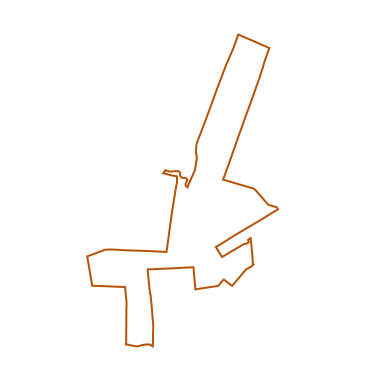 the district of Barbulesti, Ialomita, Romania, rotated 336°
{"feature_id": "2599482B7724523502847", "entity_name": "Barbulesti", "entity_type": "district", "adm_level": 2, "iso_a3": "ROU", "parent_name": "Romania", "parent_adm1": "Ialomita", "projection": "mercator", "projection_center": [26.592, 44.736], "detail": "fine", "context": "isolated", "style": "outline", "palette": "amber", "viewbox_px": 384, "rotation_deg": 336, "n_neighbors": 0, "source": "geoboundaries", "source_scale": "gbopen_adm2", "svg_char_len": 3055}
<svg xmlns="http://www.w3.org/2000/svg" viewBox="0 0 384 384"><g transform="rotate(336 192 192)"><path d="M148.1,255.7L154.8,258.2L162.7,261.4L155.5,282.3L177.7,288.4L184.4,285.2L185.0,284.9L185.5,285.0L190.4,294.1L200.2,289.4L205.3,286.9L209.6,284.9L210.1,284.8L214.2,284.3L216.4,284.1L216.8,283.9L218.4,283.2L218.1,283.0L218.2,282.6L220.7,276.3L223.1,269.4L225.1,263.2L226.8,258.0L224.0,258.3L223.2,261.1L220.2,261.4L219.0,260.6L193.0,263.6L191.4,251.9L192.0,251.9L197.0,251.3L200.9,250.8L207.4,249.8L209.5,249.5L211.8,249.2L216.5,248.6L220.2,248.1L222.6,247.9L223.8,247.7L243.0,245.5L253.5,244.1L258.5,243.4L263.5,242.8L263.5,242.0L263.1,240.4L259.9,237.6L257.4,235.5L256.4,234.4L250.5,215.2L249.8,214.2L248.6,212.9L247.1,211.8L225.4,193.3L227.0,191.7L229.4,189.3L232.1,186.4L234.1,184.3L235.8,182.7L239.4,178.8L247.1,170.7L258.5,158.6L263.5,153.4L266.6,150.1L272.0,144.5L280.8,135.4L289.8,126.0L293.0,122.6L297.4,118.0L299.8,115.4L301.3,114.0L301.7,113.5L301.6,113.4L306.8,107.7L310.9,102.8L315.7,97.7L318.5,94.7L320.8,92.4L321.3,92.0L303.3,72.4L298.4,67.0L297.9,67.4L297.5,67.9L294.8,70.6L293.2,72.4L292.0,73.6L291.2,74.5L290.7,74.9L290.3,75.4L289.9,75.8L289.2,76.6L288.6,77.2L288.3,77.5L287.7,78.0L287.2,78.6L286.9,78.7L283.7,81.7L280.4,84.7L279.3,85.7L278.2,86.8L274.5,90.1L271.7,93.0L268.8,95.8L267.0,97.7L263.3,101.4L261.6,103.2L261.0,103.8L259.7,105.1L254.6,110.2L252.3,112.6L250.0,115.1L242.2,123.1L232.2,133.4L222.1,143.5L217.2,148.3L216.9,148.5L216.4,149.0L216.1,149.5L215.7,150.0L215.4,150.4L215.1,150.9L214.7,151.7L214.2,152.4L213.5,153.8L212.7,155.4L211.9,156.8L211.7,157.4L211.5,157.9L211.3,159.4L210.8,161.2L210.4,162.6L205.9,169.7L203.6,173.2L191.4,184.2L189.8,185.9L189.4,185.2L189.0,184.4L188.9,183.8L189.1,182.7L189.5,181.8L189.9,181.5L190.4,181.1L191.2,180.5L191.8,179.9L192.5,179.5L192.7,179.2L192.7,178.7L192.7,178.1L192.5,177.6L192.3,177.1L192.0,176.8L191.3,176.2L190.6,176.0L189.6,175.6L189.1,175.1L188.4,174.4L188.0,173.8L187.8,172.8L187.8,171.7L189.1,170.1L189.1,169.9L189.2,169.5L188.9,168.9L188.7,168.4L188.4,168.0L188.0,167.6L187.2,167.1L185.9,166.5L184.5,165.9L182.4,165.3L181.2,164.8L179.4,163.9L177.9,162.6L177.2,162.0L176.6,161.3L173.4,163.2L174.7,164.1L179.3,167.9L184.6,171.6L182.4,176.9L179.9,180.3L166.9,200.1L144.3,236.4L126.1,227.2L107.8,218.3L98.3,213.4L95.9,212.2L91.0,210.0L88.5,209.3L85.1,209.2L84.4,209.1L70.1,208.2L62.7,237.0L92.2,251.6L87.7,265.1L86.4,268.3L85.9,269.2L78.9,284.5L71.1,301.7L69.7,304.5L70.1,304.7L71.0,305.2L71.7,305.6L72.4,306.1L73.6,307.0L74.8,307.9L76.0,308.8L77.3,309.7L78.5,310.3L79.7,311.0L81.5,311.2L83.4,311.5L84.9,311.8L86.4,312.1L87.7,312.6L89.0,313.0L91.3,314.1L93.4,317.0L97.8,307.7L101.8,299.3L102.3,298.1L104.5,291.8L108.1,281.7L108.9,279.4L112.6,268.2L112.3,267.7L116.7,254.4L119.5,245.9L119.8,245.2L120.0,244.9L120.3,244.7L120.5,244.6L120.9,245.0L121.5,245.3L122.4,245.7L123.8,246.2L124.7,246.6L126.1,247.1L127.4,247.6L129.5,248.4L130.5,248.8L133.5,250.0L140.4,252.7L142.1,253.4L146.5,255.1L147.3,255.4L148.1,255.7Z" fill="none" stroke="#b45309" stroke-width="2"/></g></svg>